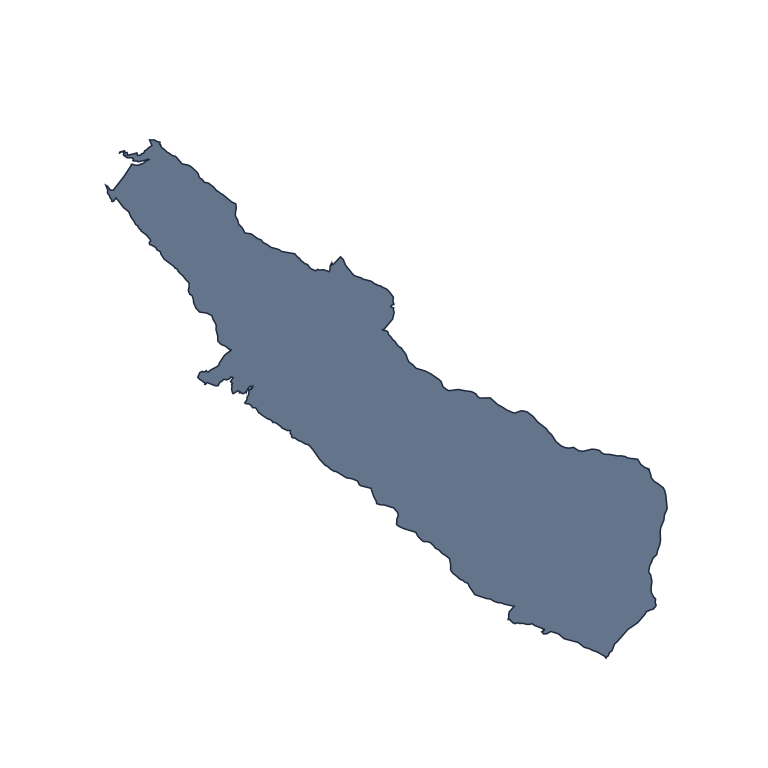 outline of Berlesti, Gorj, Romania, rotated 135°
{"feature_id": "2599482B7961046416190", "entity_name": "Berlesti", "entity_type": "district", "adm_level": 2, "iso_a3": "ROU", "parent_name": "Romania", "parent_adm1": "Gorj", "projection": "equal_earth", "projection_center": [23.658, 44.916], "detail": "fine", "context": "isolated", "style": "filled", "palette": "slate", "viewbox_px": 768, "rotation_deg": 135, "n_neighbors": 0, "source": "geoboundaries", "source_scale": "gbopen_adm2", "svg_char_len": 6119}
<svg xmlns="http://www.w3.org/2000/svg" viewBox="0 0 768 768"><g transform="rotate(135 384 384)"><path d="M440.2,721.3L442.2,716.6L444.5,714.5L445.0,711.2L446.2,708.7L446.1,706.8L447.4,705.8L446.9,704.8L445.5,704.4L442.1,705.1L442.1,702.7L443.5,692.8L442.7,686.3L444.9,680.9L445.8,675.3L446.9,672.4L446.2,669.9L446.9,668.8L447.3,666.4L446.9,665.2L447.6,664.1L446.7,657.6L447.1,651.8L447.9,650.1L449.9,650.1L451.1,648.4L450.1,646.5L448.9,641.9L449.7,639.5L448.6,635.7L449.9,633.7L451.2,627.6L449.4,615.4L449.9,613.8L449.0,611.7L449.7,609.8L450.0,606.9L449.7,603.0L450.4,597.5L450.3,594.5L450.7,593.0L452.9,590.7L456.2,588.6L458.0,584.7L457.2,582.8L457.5,581.5L459.1,578.5L461.3,575.9L463.4,570.3L463.5,565.2L459.3,559.7L457.4,554.1L459.6,549.5L459.9,547.2L461.3,543.9L464.3,541.3L467.6,535.6L471.2,531.7L471.2,527.1L469.3,522.7L468.9,517.5L467.9,516.3L468.5,515.9L474.3,517.0L477.7,516.9L486.0,515.2L487.1,514.1L489.6,514.3L496.3,516.4L499.9,516.8L500.4,517.5L500.2,519.2L502.3,519.3L503.7,521.5L506.2,522.3L510.9,520.5L511.1,518.2L509.9,511.2L511.0,510.6L510.6,509.9L508.1,510.2L504.6,502.2L502.7,500.1L498.3,501.3L496.9,500.5L493.9,500.7L492.4,498.1L488.9,496.8L487.1,497.2L486.5,496.1L486.3,495.0L490.8,494.3L490.8,491.5L492.3,491.3L492.4,490.6L495.7,487.8L497.6,484.4L497.5,483.8L492.0,482.4L491.6,481.1L492.5,480.0L491.1,479.7L491.4,478.7L491.0,477.5L490.2,476.5L487.2,476.2L487.6,475.3L484.0,476.9L480.3,477.1L479.7,476.8L480.3,475.2L478.4,475.2L479.6,474.3L481.7,474.1L481.8,474.8L483.0,474.8L483.1,476.0L483.7,476.0L484.8,474.1L487.7,472.0L490.3,471.5L491.8,469.9L495.8,469.1L495.9,468.3L493.6,465.3L493.1,463.6L493.7,460.2L492.1,458.5L491.6,457.3L493.0,451.9L492.4,450.6L492.4,448.9L490.9,441.4L489.7,439.7L489.4,437.0L489.8,435.3L489.1,435.1L487.9,432.5L487.0,427.1L487.2,424.7L485.1,419.1L483.0,417.4L485.2,415.4L485.3,413.4L486.5,412.2L486.7,410.9L486.4,410.0L485.2,409.0L484.4,404.2L483.2,402.0L482.1,397.4L480.7,395.0L480.3,393.1L480.8,387.2L482.8,376.2L483.1,368.3L482.1,365.1L482.0,361.4L481.0,357.3L480.1,356.6L479.3,354.3L476.9,344.2L473.6,339.5L471.3,334.2L472.0,332.4L471.9,331.3L472.7,330.7L472.3,328.3L467.0,319.5L470.9,311.6L472.3,306.8L473.8,304.6L471.9,301.1L469.3,298.2L465.7,291.0L464.8,290.0L465.1,284.3L465.9,282.0L468.2,280.2L469.8,279.8L474.5,275.8L474.2,273.1L472.4,267.9L466.4,256.7L467.8,252.2L467.8,246.1L467.2,244.3L464.6,241.6L463.4,238.9L463.3,234.2L463.8,231.6L462.5,227.8L462.7,223.0L461.7,219.0L461.2,214.1L464.7,209.1L468.3,205.5L468.7,204.3L469.1,201.3L468.4,195.5L468.5,193.1L467.9,190.8L467.1,189.6L466.9,186.6L465.6,183.7L467.0,180.1L468.7,170.7L463.2,159.7L460.9,156.9L459.8,152.5L458.1,148.8L455.9,146.4L454.6,143.3L449.1,134.7L456.5,134.4L458.9,132.8L460.6,131.0L462.8,129.7L461.4,128.4L462.0,127.1L461.6,126.1L461.8,124.3L460.8,121.8L458.4,120.8L457.6,118.9L455.1,116.6L452.8,112.8L450.7,110.8L448.8,109.9L448.2,106.5L444.0,97.2L444.5,96.6L445.4,97.6L446.2,96.6L447.7,97.2L447.9,94.4L445.6,92.3L441.0,91.0L437.3,83.9L436.8,76.6L429.5,64.0L428.6,56.2L425.7,51.1L425.0,48.3L422.8,43.9L420.5,35.6L420.9,33.2L419.2,33.6L417.7,33.2L414.6,34.6L411.3,34.2L404.8,37.1L400.8,36.9L385.3,38.0L373.4,35.8L361.8,36.7L360.1,37.5L355.5,36.0L352.9,34.4L348.9,34.7L347.7,35.5L347.1,37.4L343.9,40.0L343.9,42.8L342.5,47.3L339.7,50.7L334.1,55.0L330.4,60.5L329.9,63.2L329.2,64.4L324.5,67.7L321.0,68.7L317.3,70.6L311.8,70.5L308.5,72.7L302.4,75.5L298.9,78.0L293.0,84.4L290.1,86.6L282.2,89.9L278.5,93.0L271.9,95.6L263.4,106.0L261.1,109.7L259.9,112.9L260.8,120.2L261.8,123.9L261.3,129.1L260.3,130.0L256.9,136.4L257.6,136.3L257.3,137.8L258.7,140.7L259.3,145.6L257.8,151.5L263.9,159.1L264.8,162.3L267.4,165.9L269.6,167.8L274.1,174.5L277.9,178.6L278.8,181.7L278.6,184.5L280.6,188.0L283.0,190.9L290.9,195.7L293.6,199.3L294.8,205.2L298.3,207.6L300.8,210.7L302.5,215.0L303.1,221.7L301.3,229.9L301.5,233.9L300.8,237.6L302.2,248.7L301.5,255.5L302.5,263.1L305.1,267.3L306.5,268.4L312.1,271.0L312.7,271.8L315.6,278.8L316.6,283.9L318.2,289.2L318.7,299.1L326.3,306.4L326.6,310.0L326.0,311.6L326.9,315.2L328.1,317.7L330.5,320.5L335.3,327.6L342.8,333.3L343.5,335.5L344.3,340.1L341.9,345.3L341.9,348.1L343.7,358.0L345.8,364.4L350.2,372.4L350.0,377.3L350.8,381.6L349.6,385.5L347.6,389.1L346.3,397.5L347.2,400.7L346.1,407.0L346.5,409.2L345.8,412.1L345.8,415.6L344.4,418.4L345.0,420.6L346.3,421.9L346.8,423.3L344.7,422.7L332.0,423.8L326.1,427.5L324.5,430.4L323.4,430.8L324.6,434.0L321.8,434.2L320.9,433.2L320.5,433.4L319.2,436.2L315.9,438.8L315.0,445.3L315.1,449.8L316.5,453.0L317.1,456.0L318.5,457.8L319.0,460.1L319.9,461.7L320.1,464.7L320.8,466.6L324.7,473.0L325.0,475.0L328.3,481.3L328.4,484.2L327.2,495.1L324.8,500.7L324.8,504.7L335.5,504.4L335.7,505.2L335.2,506.4L338.1,504.7L337.3,506.0L338.5,505.6L341.9,502.7L343.4,502.3L345.8,507.4L349.1,510.3L349.9,512.0L352.4,512.5L354.1,517.2L354.2,519.2L353.6,521.8L354.0,523.7L354.9,525.0L355.0,528.0L355.5,530.2L354.9,531.9L355.3,535.8L355.0,539.2L362.6,550.0L363.4,553.8L367.2,560.4L368.2,566.0L369.4,569.4L369.0,572.7L370.5,576.0L371.8,584.2L375.6,589.2L374.4,592.4L373.7,595.7L373.8,599.7L371.1,604.2L371.1,605.4L370.3,607.7L368.6,609.7L364.1,612.8L361.4,616.1L363.0,620.6L364.0,632.0L364.7,633.8L365.1,637.6L365.8,639.2L365.4,640.6L365.3,644.6L366.1,650.4L368.4,653.6L367.9,656.6L368.5,660.6L366.8,663.9L366.4,666.3L366.8,674.7L367.5,676.9L371.1,682.4L370.4,691.5L370.8,693.2L372.2,695.2L372.6,698.5L373.5,701.9L373.5,705.4L374.0,708.7L372.8,711.2L373.3,712.2L371.4,713.2L373.0,716.0L373.8,718.9L377.2,722.4L379.5,716.7L384.0,717.6L387.2,717.6L388.2,718.2L390.7,717.1L392.6,718.3L393.9,717.9L395.8,719.0L396.6,720.2L395.3,722.1L403.4,726.9L402.0,729.3L403.2,730.6L402.6,732.5L406.7,734.8L408.3,734.3L405.8,734.0L404.4,732.7L404.7,730.8L405.9,730.6L406.4,729.9L406.2,728.9L405.5,728.4L406.1,728.2L405.7,725.6L402.4,722.3L402.0,720.7L402.5,719.7L403.4,719.8L403.6,719.0L400.8,716.0L401.0,715.5L400.5,714.8L394.3,710.8L391.7,709.7L391.5,708.8L394.7,709.9L398.6,710.3L400.7,711.7L402.3,711.9L405.1,714.4L406.5,717.4L408.0,718.3L407.4,717.5L420.8,714.7L438.4,712.5L440.4,714.9L439.6,719.0L440.2,721.3Z" fill="#64748b" stroke="#1e293b" stroke-width="1.5"/></g></svg>